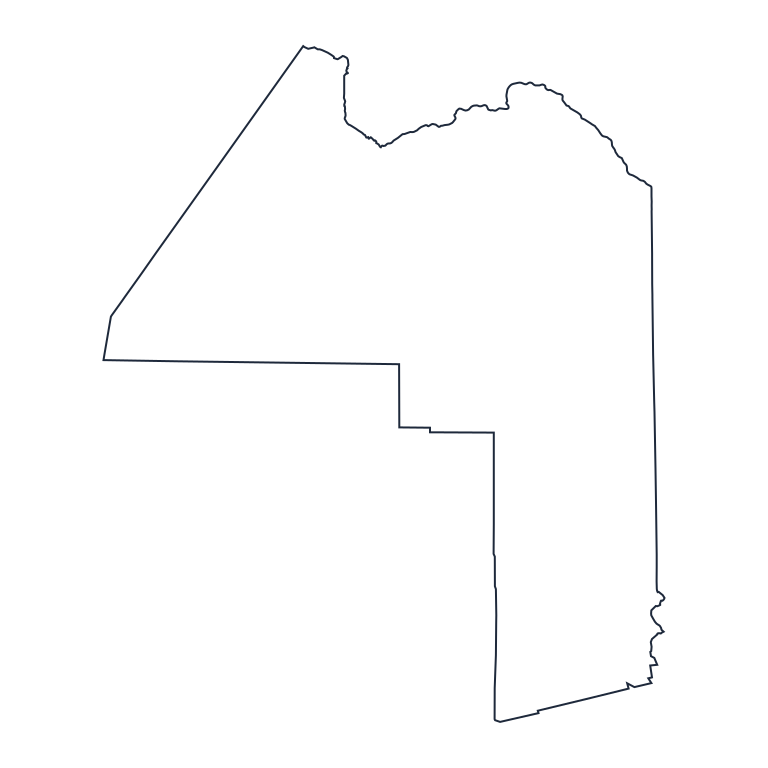 outline of Aroostook, Maine, United States of America
{"feature_id": "52423323B61306663314312", "entity_name": "Aroostook", "entity_type": "district", "adm_level": 2, "iso_a3": "USA", "parent_name": "United States of America", "parent_adm1": "Maine", "projection": "orthographic", "projection_center": [-68.421, 46.517], "detail": "fine", "context": "isolated", "style": "outline", "palette": "slate", "viewbox_px": 768, "rotation_deg": 0, "n_neighbors": 0, "source": "geoboundaries", "source_scale": "gbopen_adm2", "svg_char_len": 4775}
<svg xmlns="http://www.w3.org/2000/svg" viewBox="0 0 768 768"><path d="M651.4,683.1L648.3,678.3L652.0,677.4L650.2,665.5L657.2,664.8L654.3,657.9L651.0,656.2L650.3,651.9L651.2,651.1L651.6,646.8L650.8,642.1L652.0,639.0L657.3,634.4L657.3,633.9L657.4,633.7L658.0,633.3L659.2,633.2L660.7,633.5L661.0,633.4L661.4,632.9L663.6,631.7L661.6,629.9L661.4,629.4L661.1,628.0L660.0,626.1L659.3,625.4L657.8,624.5L656.5,623.6L654.9,621.7L653.2,618.8L651.3,615.4L651.1,613.7L651.3,610.6L651.4,610.3L655.8,606.0L656.3,606.1L657.4,606.2L660.0,605.1L660.2,604.9L660.0,603.7L660.9,600.9L661.2,600.6L662.2,600.8L663.2,600.2L664.1,599.0L664.5,597.9L662.7,595.1L658.7,591.9L658.3,591.9L657.8,592.2L657.7,592.2L657.1,590.8L656.8,589.0L656.6,581.5L656.7,567.0L656.7,554.9L656.0,502.0L655.5,468.7L654.5,412.1L654.2,401.7L653.1,354.0L653.1,353.4L652.4,297.4L652.4,294.8L652.2,284.3L652.1,256.6L652.1,253.5L651.6,210.9L651.7,209.6L651.6,205.4L651.7,201.7L651.5,196.4L651.5,188.5L651.4,187.4L651.2,186.6L650.2,185.9L647.8,184.7L646.3,183.7L644.9,181.9L643.8,181.1L643.2,180.8L641.0,180.4L639.9,179.9L636.9,177.6L633.1,175.5L631.7,175.0L629.8,174.4L629.0,173.9L628.4,173.2L627.9,172.7L627.2,171.1L627.0,170.5L627.0,168.6L626.8,166.5L626.3,165.1L626.0,164.6L624.1,162.8L623.5,161.9L621.8,158.1L619.5,157.0L618.1,156.0L617.8,155.5L615.6,152.2L614.8,149.8L613.8,148.2L613.4,147.8L612.2,145.9L612.0,144.9L611.8,142.3L611.5,141.0L610.7,139.8L608.8,138.6L607.4,137.4L606.8,137.1L603.3,136.3L602.3,135.7L601.9,135.4L600.3,133.3L598.3,130.2L595.9,127.4L595.0,126.1L591.6,124.1L590.7,123.4L584.8,119.6L581.8,118.4L581.3,117.6L581.0,115.9L580.3,114.8L579.6,114.1L577.3,112.4L570.7,108.6L570.3,108.3L569.3,106.9L568.6,106.1L566.5,105.5L564.4,102.6L562.7,100.5L562.5,99.9L562.4,99.1L562.7,96.4L562.4,95.4L562.0,95.0L560.5,94.2L557.0,93.6L550.6,90.0L550.1,89.9L548.4,90.1L547.6,89.9L546.9,89.5L545.6,88.2L545.3,87.4L545.3,86.3L545.2,86.0L544.4,85.2L542.7,84.5L541.4,84.7L539.5,85.4L535.3,85.4L534.2,84.9L533.6,84.5L532.2,83.2L530.7,82.6L529.5,82.6L528.7,82.9L526.7,84.1L526.0,84.3L524.5,84.1L521.3,82.8L519.6,82.6L518.1,82.8L513.5,83.8L512.0,84.3L511.0,84.9L509.9,85.9L508.8,87.2L507.8,88.8L507.4,89.8L506.5,94.6L506.4,96.2L507.2,100.9L507.1,101.4L506.4,102.4L506.3,103.1L506.5,103.7L507.8,105.1L508.3,105.8L508.4,106.2L508.6,107.0L508.5,107.7L508.3,108.3L507.8,108.6L506.8,109.0L505.1,109.0L499.5,108.3L498.8,108.6L496.5,110.2L495.7,110.6L494.8,110.7L492.2,110.1L490.8,110.4L488.5,109.7L488.1,109.2L487.6,108.1L487.1,107.0L486.6,106.0L485.6,105.3L484.5,105.1L483.5,105.3L481.6,106.1L480.6,106.3L479.2,106.2L477.4,105.5L476.6,105.4L474.0,105.6L472.7,106.0L471.3,106.8L468.8,109.5L467.1,110.3L465.8,110.5L465.3,110.5L463.7,110.0L461.1,108.8L459.3,108.6L458.3,109.3L456.9,110.7L456.4,111.3L455.9,113.2L454.9,114.3L454.4,114.9L454.4,115.6L455.3,117.3L455.5,118.0L455.5,118.7L455.2,119.3L452.9,122.2L452.2,122.9L449.3,124.4L448.0,124.7L444.6,125.1L442.4,125.7L441.0,125.8L439.9,126.6L439.0,126.9L438.5,126.7L435.7,124.6L432.8,124.0L432.1,124.1L431.4,124.4L428.5,126.2L427.7,126.0L427.1,125.4L426.5,125.2L425.5,125.2L421.2,127.0L418.8,128.7L417.1,130.3L414.1,131.8L412.8,132.1L410.2,132.0L404.6,134.0L402.5,134.2L397.9,137.9L393.6,140.6L392.4,142.0L391.4,142.9L390.1,143.4L388.1,143.5L387.3,143.8L386.5,144.4L385.4,145.6L383.5,146.0L382.7,145.7L382.1,145.7L381.4,146.3L380.8,147.3L380.5,147.2L379.8,146.4L378.7,144.5L377.0,143.4L376.3,143.2L376.2,141.4L375.1,140.4L374.7,140.3L374.3,140.7L373.9,140.5L372.5,138.8L370.8,137.3L369.2,138.5L368.9,138.7L368.6,138.5L368.4,137.4L368.2,137.1L366.9,137.6L366.3,137.5L365.0,135.0L363.6,134.4L362.9,133.5L361.5,132.4L358.7,130.7L355.9,128.7L351.1,125.7L349.6,124.9L348.8,124.7L347.2,123.2L344.8,119.1L344.7,118.8L344.8,118.0L345.0,117.1L345.3,116.8L345.6,115.4L345.4,112.8L345.0,111.9L344.8,110.5L345.1,109.1L344.9,106.6L344.8,106.2L344.4,106.1L344.3,105.6L344.3,104.2L344.6,103.7L345.2,101.3L343.9,97.9L344.2,93.7L344.2,75.7L346.1,73.6L346.7,73.7L347.8,73.2L347.7,72.7L346.9,72.2L346.6,71.7L346.3,70.7L346.9,68.8L347.2,68.8L347.5,68.5L347.2,68.1L347.1,67.4L347.9,66.4L348.4,65.0L347.9,59.9L347.1,58.3L346.8,57.9L344.0,56.3L342.6,56.0L341.3,57.0L337.9,59.1L337.4,59.2L334.0,58.1L333.9,56.9L333.6,56.5L331.3,54.9L327.8,52.7L322.1,50.1L319.7,49.3L317.7,49.3L314.3,47.3L313.5,47.6L308.2,48.8L304.3,47.0L303.2,46.1L250.3,120.5L218.8,164.8L155.8,253.2L141.7,273.3L124.5,297.4L122.7,300.0L111.6,315.5L110.9,316.7L104.6,353.4L103.5,360.1L177.8,361.3L399.1,364.2L399.3,427.4L430.0,427.7L430.0,432.3L493.8,432.6L493.8,524.7L493.6,553.9L494.8,556.6L494.9,586.3L495.9,589.1L496.3,615.5L496.2,621.7L495.9,655.2L494.7,688.1L494.6,719.1L495.1,720.2L500.1,721.9L538.5,713.1L537.8,710.7L590.9,697.9L628.6,688.6L627.2,683.3L634.4,687.1L651.4,683.1Z" fill="none" stroke="#1e293b" stroke-width="2"/></svg>